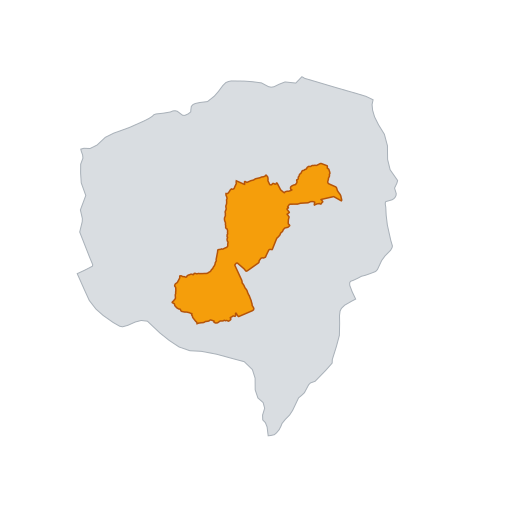 Midlands highlighted on a map of Zimbabwe, rotated 246°
{"feature_id": "ZWE-527", "entity_name": "Midlands", "entity_type": "Province", "adm_level": 1, "iso_a3": "ZWE", "parent_name": "Zimbabwe", "parent_adm1": "", "projection": "robinson", "projection_center": [29.518, -19.087], "detail": "fine", "context": "in_parent", "style": "filled", "palette": "amber", "viewbox_px": 512, "rotation_deg": 246, "n_neighbors": 0, "source": "natural_earth", "source_scale": "10m", "svg_char_len": 8206}
<svg xmlns="http://www.w3.org/2000/svg" viewBox="0 0 512 512"><g transform="rotate(246 256 256)"><path d="M351.1,426.5L347.1,423.6L341.7,421.8L334.9,420.9L326.0,421.3L315.0,422.8L303.2,420.9L290.7,415.5L280.2,413.6L267.8,416.0L267.2,416.0L265.1,414.2L261.7,410.2L256.0,409.5L254.4,408.6L253.2,407.2L252.3,405.3L252.0,403.2L252.9,396.7L252.4,396.0L250.9,395.2L247.8,394.4L240.3,391.5L230.9,388.6L215.6,385.5L209.7,384.7L208.3,383.7L206.5,381.3L203.6,373.9L200.8,369.0L194.2,361.4L193.2,359.0L193.5,353.0L193.9,348.1L194.6,344.0L194.3,340.1L194.2,335.3L194.4,332.1L193.5,330.7L191.1,329.7L184.3,329.3L176.1,329.5L175.8,324.6L175.0,317.0L173.4,312.7L171.5,310.4L167.7,308.1L160.0,304.8L149.6,299.9L140.6,292.6L130.4,283.6L127.2,282.0L123.3,273.5L117.5,259.0L117.9,254.1L117.0,251.8L111.4,244.6L110.1,240.9L109.1,237.2L100.1,226.7L97.1,222.1L94.8,216.3L92.4,211.6L90.5,209.7L87.9,206.5L86.1,202.8L85.3,200.1L86.0,196.5L86.8,194.0L95.3,196.6L99.9,196.8L103.5,195.5L108.0,197.3L113.4,202.0L119.2,202.9L125.5,200.0L134.0,200.8L144.8,205.5L153.7,206.5L164.2,202.3L173.6,190.7L182.5,179.8L191.2,167.2L196.4,157.0L204.2,148.7L214.3,142.3L224.7,136.9L240.6,130.3L243.8,124.9L244.8,118.9L244.8,110.7L245.6,105.3L247.3,102.9L249.9,101.0L253.3,98.5L263.8,92.2L272.6,88.2L283.2,85.6L294.9,85.5L306.2,85.5L312.6,85.5L312.7,93.4L313.2,102.4L314.4,103.3L322.9,103.5L336.5,104.1L349.6,104.7L358.0,111.2L360.8,112.6L369.5,114.3L380.5,125.1L393.9,126.1L403.1,129.5L411.2,133.2L415.8,137.7L418.8,138.7L422.9,139.0L424.9,139.4L424.4,142.6L421.7,148.1L422.0,155.9L425.7,166.6L426.1,176.0L424.9,192.6L424.9,208.6L425.2,214.3L425.8,218.1L426.6,220.2L426.4,222.5L424.2,229.3L422.4,236.3L422.3,239.2L421.6,241.2L420.3,242.9L414.4,246.2L413.4,248.2L413.4,251.9L414.2,255.0L416.3,256.1L419.0,257.8L420.0,260.1L420.0,262.6L419.1,267.0L416.8,274.5L419.0,283.0L421.6,288.6L425.2,295.0L426.7,299.0L426.6,301.8L426.0,304.6L420.6,316.3L416.7,323.6L411.9,331.4L405.6,336.3L404.0,338.6L403.3,341.3L403.5,347.1L403.2,353.3L397.8,362.7L401.1,370.8L400.3,371.5L398.5,372.7L390.8,381.8L382.9,391.0L377.2,397.7L370.7,405.4L363.5,414.0L357.2,421.3L351.1,426.5Z" fill="#d9dde1" stroke="#a8b0b8" stroke-width="1"/><path d="M311.0,247.9L313.3,248.5L314.1,248.9L314.8,249.6L315.9,250.5L317.8,251.4L319.3,251.9L320.2,252.9L320.5,253.0L321.9,253.3L323.1,253.3L324.0,253.4L325.3,254.0L324.7,255.1L324.7,255.6L324.8,256.1L325.7,257.8L326.8,259.4L327.2,260.5L327.2,261.0L326.7,261.3L326.5,262.0L326.4,262.4L326.5,262.9L326.5,263.3L326.6,263.5L327.6,264.5L330.3,267.6L331.6,267.9L332.7,268.6L326.6,274.1L326.1,274.7L326.6,275.0L327.9,275.4L328.3,275.5L328.5,275.9L328.6,276.2L328.3,276.6L327.0,277.5L326.9,277.9L326.9,282.0L326.4,284.7L326.7,286.2L326.7,287.3L325.9,291.3L325.9,293.3L325.4,294.9L325.3,295.8L325.4,297.2L325.8,297.6L325.8,297.8L325.8,298.1L325.1,298.4L323.8,298.8L323.3,298.8L322.7,298.7L321.4,298.3L319.9,297.5L315.7,297.6L315.3,297.9L314.8,298.9L314.8,299.1L314.9,299.6L315.1,299.9L315.1,300.3L315.4,300.8L315.4,301.1L315.0,301.7L314.0,302.5L313.8,302.7L313.7,303.5L313.9,303.8L313.7,304.5L314.2,304.6L314.0,304.9L313.5,305.0L306.4,305.4L302.8,307.2L302.5,307.4L302.3,307.7L302.6,308.1L302.8,309.1L302.5,310.9L301.9,312.0L301.7,314.0L301.7,315.5L301.8,315.6L302.1,315.5L302.9,314.9L303.6,315.0L304.3,315.3L304.9,315.7L305.1,316.0L305.5,317.5L305.5,319.5L305.2,320.7L305.2,321.3L305.3,321.5L305.6,321.8L306.2,322.9L306.7,323.4L307.6,323.8L308.5,323.9L308.9,324.1L309.0,324.3L309.0,325.1L309.1,325.6L309.4,326.0L309.8,326.3L310.5,326.5L310.9,326.7L311.5,327.9L312.8,328.9L313.0,329.4L313.2,330.5L315.0,332.8L315.1,333.4L314.8,334.4L314.8,334.8L315.1,335.6L315.0,337.1L315.3,337.9L316.1,338.7L316.4,340.1L316.4,340.7L315.8,341.8L315.6,342.4L315.8,343.7L315.8,344.3L315.3,345.3L314.9,346.8L314.3,347.7L314.1,348.3L314.3,352.0L314.2,352.8L313.9,353.3L309.5,357.7L309.1,357.7L308.2,357.4L307.4,356.9L307.0,357.0L305.9,357.7L305.4,357.8L304.2,357.6L303.4,357.6L301.9,357.3L301.4,357.1L300.8,356.3L299.5,355.8L299.0,355.5L298.6,355.1L297.7,353.9L296.6,353.3L294.8,351.8L294.2,351.5L293.7,351.5L293.2,351.5L292.2,352.0L287.0,356.7L286.2,357.2L285.3,357.3L283.1,357.0L282.4,357.0L281.0,357.2L278.0,357.9L276.2,357.9L274.6,357.5L273.2,357.3L272.3,357.1L271.9,356.8L271.7,356.4L272.3,355.9L278.5,351.3L278.7,351.0L281.1,338.8L281.1,338.4L280.8,338.4L279.0,339.1L278.6,339.1L278.3,339.0L278.0,338.0L277.2,336.9L277.1,336.6L277.2,336.2L277.4,335.7L278.0,335.4L278.3,335.0L278.3,334.4L278.7,333.3L278.8,332.8L278.8,330.1L279.1,330.1L279.4,330.2L280.9,331.3L281.3,331.5L282.0,330.9L282.7,329.9L283.0,329.2L283.5,327.8L283.4,325.7L283.5,325.0L286.1,318.1L286.5,315.1L289.4,308.4L289.5,307.9L289.5,307.4L288.1,304.9L287.8,304.8L287.2,305.3L286.8,305.2L286.6,304.0L286.3,303.4L285.6,303.4L282.6,304.2L282.2,304.1L281.5,301.4L281.1,301.4L280.4,301.7L278.2,302.1L275.9,300.3L273.0,298.8L272.0,298.6L271.3,299.0L270.5,299.2L270.0,299.1L269.6,298.1L269.3,297.1L269.3,296.5L269.8,294.0L269.8,293.6L269.0,291.7L267.8,290.4L267.5,289.8L267.1,288.3L266.7,287.6L265.7,286.6L265.3,286.1L264.3,283.9L263.9,282.5L263.3,281.7L255.5,273.7L255.3,273.3L256.3,271.6L256.4,271.3L256.4,270.7L256.3,270.3L256.0,269.8L252.1,265.2L251.5,264.7L251.1,264.1L251.1,262.1L251.8,261.0L251.9,259.9L251.8,259.4L250.5,257.2L250.2,256.8L249.3,256.4L249.0,256.0L248.7,255.5L246.0,242.1L246.0,241.2L246.3,240.7L246.7,240.5L249.1,239.9L256.8,236.3L257.2,236.0L257.4,235.4L257.4,235.0L257.2,234.4L256.6,233.2L256.3,233.0L255.9,232.9L239.5,233.1L238.1,232.8L237.4,232.5L236.8,232.4L235.6,232.8L234.1,233.0L231.3,233.0L229.3,233.6L227.5,233.7L226.1,233.5L223.8,233.5L222.3,233.7L221.4,233.6L217.0,233.4L215.7,233.1L213.9,232.9L212.4,232.4L209.8,232.7L209.2,232.7L208.6,232.5L207.8,231.8L207.5,230.4L207.7,215.6L207.9,215.3L208.1,215.2L209.3,214.9L211.7,214.6L211.9,214.5L212.0,214.3L211.9,214.0L211.6,213.8L210.1,213.3L209.7,212.9L209.5,212.6L209.4,212.3L209.5,212.1L210.3,211.2L210.5,210.7L210.5,210.2L210.3,209.5L210.2,207.9L210.1,207.5L210.0,207.3L209.7,207.3L209.0,207.5L208.7,207.4L208.3,207.1L208.0,206.6L207.7,205.0L207.6,204.5L208.0,204.0L209.0,203.1L209.2,202.6L209.3,201.7L209.6,201.4L210.0,201.1L210.2,200.9L210.2,200.6L210.1,199.5L210.5,198.4L211.1,197.2L211.1,196.9L211.1,196.4L210.6,193.7L211.1,192.0L212.2,190.9L212.6,190.7L213.0,190.8L213.3,191.1L213.5,191.2L214.8,190.0L216.1,188.5L216.1,187.8L215.8,186.6L215.8,186.3L216.3,184.3L216.7,183.4L216.5,181.2L217.1,179.2L217.5,178.6L217.5,177.9L218.0,176.5L218.1,174.6L219.5,174.9L220.1,174.8L220.6,174.4L225.1,173.3L225.8,173.2L227.4,173.5L227.7,173.5L228.2,173.2L228.4,173.2L229.2,173.9L229.5,173.9L230.2,173.0L231.2,172.2L233.0,169.8L233.9,167.9L235.6,165.6L236.0,165.3L236.7,165.1L238.0,165.2L238.4,164.9L239.0,163.9L240.6,162.7L243.0,161.8L243.9,161.7L245.1,161.9L245.7,161.9L247.3,160.6L247.5,160.5L248.2,161.1L248.5,162.4L249.1,163.4L249.4,164.1L249.9,164.9L250.3,165.3L253.3,166.4L254.6,167.5L255.8,167.9L256.8,168.6L259.5,169.7L260.3,169.8L261.5,169.5L261.8,169.5L262.3,169.9L263.1,170.6L263.4,171.3L263.7,172.9L264.0,173.6L266.9,177.3L267.6,177.7L268.4,178.0L268.7,178.2L268.8,178.4L268.4,179.5L268.1,179.8L267.0,180.7L266.2,182.3L265.5,182.9L265.2,183.3L265.1,183.6L265.2,184.2L265.9,185.0L266.1,186.4L265.9,187.7L265.9,188.9L265.7,189.5L265.4,190.1L264.5,190.9L264.5,191.5L265.2,192.3L265.2,192.6L264.9,193.4L263.8,194.6L263.4,196.5L262.6,197.7L262.4,198.5L261.9,199.4L260.7,202.6L260.3,203.2L260.2,204.0L260.0,204.5L260.0,204.8L260.3,206.1L260.3,207.2L260.7,208.5L261.0,209.0L261.8,210.0L261.9,210.9L262.1,211.3L263.2,212.5L263.9,213.8L265.0,215.1L266.6,216.2L267.6,217.6L267.9,217.8L269.1,218.2L275.1,222.4L276.7,223.3L277.0,223.5L277.1,223.8L277.1,224.4L276.5,226.3L276.5,227.4L276.0,228.0L275.8,228.4L275.9,231.1L275.8,232.6L276.1,233.4L276.4,234.0L276.7,234.3L278.0,234.8L279.7,235.9L280.1,236.1L281.0,235.9L282.4,236.1L283.1,236.4L283.6,236.7L284.5,237.6L285.6,237.5L286.5,238.0L286.9,238.1L287.3,238.4L287.6,239.0L287.9,239.2L288.8,239.4L290.5,240.3L292.4,240.6L293.1,240.0L294.1,239.8L294.5,239.9L295.9,240.6L297.1,240.8L298.4,241.5L299.5,241.7L300.9,241.7L302.4,242.1L303.6,242.7L305.2,244.4L306.1,244.7L307.2,245.3L308.2,245.5L309.1,245.9L311.0,247.9Z" fill="#f59e0b" stroke="#b45309" stroke-width="1.5"/></g></svg>